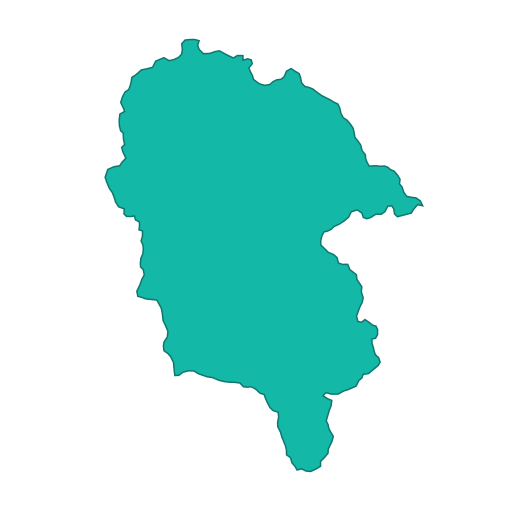 outline of Antônio Carlos, Minas Gerais, Brazil, rotated 7°
{"feature_id": "56859067B18820589356452", "entity_name": "Antônio Carlos", "entity_type": "district", "adm_level": 2, "iso_a3": "BRA", "parent_name": "Brazil", "parent_adm1": "Minas Gerais", "projection": "orthographic", "projection_center": [-43.752, -21.428], "detail": "fine", "context": "isolated", "style": "filled", "palette": "teal", "viewbox_px": 512, "rotation_deg": 7, "n_neighbors": 0, "source": "geoboundaries", "source_scale": "gbopen_adm2", "svg_char_len": 3749}
<svg xmlns="http://www.w3.org/2000/svg" viewBox="0 0 512 512"><g transform="rotate(7 256 256)"><path d="M415.3,185.8L412.4,181.3L407.7,178.8L403.4,178.8L398.2,178.4L394.9,174.7L392.6,169.7L389.6,166.9L389.6,162.3L386.7,158.6L382.7,154.9L379.0,153.9L376.1,151.9L372.5,151.0L368.5,151.8L364.5,151.8L361.0,152.3L357.5,153.1L354.8,149.5L353.0,146.0L352.2,142.1L348.5,138.6L346.4,133.1L343.2,129.5L339.7,126.1L338.2,121.1L336.7,117.2L333.9,113.9L329.7,110.0L325.7,108.1L322.9,104.0L321.1,99.0L318.8,95.2L314.8,93.9L310.9,92.1L306.7,90.6L302.2,89.0L298.9,87.3L295.6,85.5L292.4,83.5L288.5,82.3L283.9,81.8L280.1,78.6L278.5,73.5L276.6,69.7L272.8,68.1L268.0,65.7L263.8,68.8L262.0,74.8L259.2,77.6L255.1,78.6L251.6,80.9L249.0,84.0L244.2,85.5L238.6,84.8L235.3,83.0L232.1,81.1L230.4,77.3L228.1,73.9L226.0,70.2L228.8,65.7L227.5,62.0L223.7,61.3L219.2,63.2L218.6,58.7L213.1,59.3L209.4,62.2L203.9,60.4L198.9,58.5L194.7,56.8L190.5,58.1L185.3,60.6L179.1,61.6L174.4,57.9L172.4,54.0L173.3,49.2L168.4,48.6L164.1,49.2L159.3,50.3L156.4,54.4L157.8,60.4L157.4,65.1L154.8,68.4L150.4,71.1L146.0,72.7L140.4,70.4L136.9,72.4L132.7,74.8L130.4,81.3L124.8,83.5L119.5,85.3L116.5,88.8L113.9,91.5L111.0,93.8L110.9,97.9L110.5,101.7L109.4,106.3L105.9,109.4L104.1,114.3L103.0,120.1L106.1,124.9L108.0,128.5L103.6,131.7L103.6,137.5L104.5,143.2L106.3,148.1L109.2,150.2L110.2,156.1L112.0,161.4L109.4,164.6L111.5,169.4L114.9,174.7L111.5,179.4L109.7,183.1L104.4,184.6L98.4,188.1L97.5,192.2L96.7,196.4L99.1,201.3L102.3,206.9L105.7,210.6L108.0,215.0L110.1,219.6L113.6,223.9L119.5,225.3L119.8,230.3L122.7,232.5L126.7,232.1L130.5,231.1L131.9,234.8L136.1,236.4L136.7,240.4L136.7,244.3L140.3,244.9L140.9,250.2L140.1,255.1L142.4,258.7L143.3,262.8L143.4,267.6L142.0,272.5L142.1,277.3L142.8,281.0L145.7,283.2L147.4,288.2L145.5,293.3L144.2,299.1L142.0,305.5L143.6,310.4L147.8,311.0L151.8,312.0L157.2,311.9L162.9,311.8L166.0,316.1L168.2,319.0L169.9,324.0L171.6,331.2L175.2,337.0L177.7,341.3L177.9,347.0L175.2,352.6L175.0,356.5L176.2,361.2L180.4,363.5L183.6,366.4L187.1,371.7L188.6,378.9L190.0,384.5L194.0,383.8L197.7,380.2L203.3,378.1L208.4,377.7L213.0,379.8L217.4,380.8L222.2,381.8L227.8,382.0L234.1,383.8L239.5,384.5L244.4,384.5L250.1,384.0L255.5,384.0L259.4,387.3L263.4,387.2L267.4,386.4L271.6,388.0L276.8,391.7L281.0,392.5L282.9,396.4L285.2,400.2L288.3,404.7L291.7,407.3L297.1,408.4L298.1,413.3L297.7,418.3L298.4,422.8L301.7,427.7L303.8,432.7L306.0,436.5L308.4,440.9L309.9,445.0L310.5,449.6L314.9,452.0L316.8,456.8L320.6,460.3L322.8,463.4L327.2,461.7L331.6,463.3L336.6,463.2L341.9,459.8L345.7,456.8L345.1,452.0L348.8,447.3L351.5,443.0L351.3,438.9L352.8,434.3L354.0,430.6L354.7,425.6L351.5,421.5L349.3,418.3L348.2,414.8L345.8,411.0L346.7,405.3L347.6,400.0L348.8,395.5L348.8,390.1L344.6,389.0L339.6,386.6L341.9,383.1L347.6,383.9L354.4,383.0L359.5,379.3L363.4,377.5L366.6,375.7L371.2,373.0L373.2,367.2L375.9,364.2L376.8,360.4L382.0,359.0L386.8,353.8L390.7,349.7L392.1,346.2L390.1,341.9L386.4,339.4L384.7,335.5L383.3,331.8L381.6,328.1L381.3,324.2L384.7,323.1L386.2,319.3L385.7,314.5L383.7,311.0L380.2,310.4L376.0,307.9L371.9,305.8L368.8,308.9L365.1,308.6L363.1,303.4L364.3,298.2L365.3,293.9L366.9,289.6L367.5,284.4L364.9,278.9L364.8,273.7L361.5,269.8L359.0,266.9L357.9,262.4L354.6,260.3L350.8,258.1L348.1,253.1L342.8,253.8L338.7,252.9L336.6,247.7L333.0,245.2L327.2,243.5L323.0,240.2L319.0,237.2L318.4,232.7L319.0,228.0L320.5,223.8L323.9,222.6L327.2,220.5L329.9,217.2L334.5,214.4L339.0,210.7L343.2,206.2L345.1,200.6L350.8,197.9L355.8,200.4L357.9,204.7L361.5,205.5L365.0,203.9L370.0,199.8L375.1,199.4L378.6,196.3L380.7,190.5L384.6,189.7L387.0,192.4L388.4,197.4L391.6,199.8L396.3,197.9L401.4,195.9L404.9,194.5L406.8,190.3L410.1,185.4L415.3,185.8Z" fill="#14b8a6" stroke="#0f766e" stroke-width="1.5"/></g></svg>